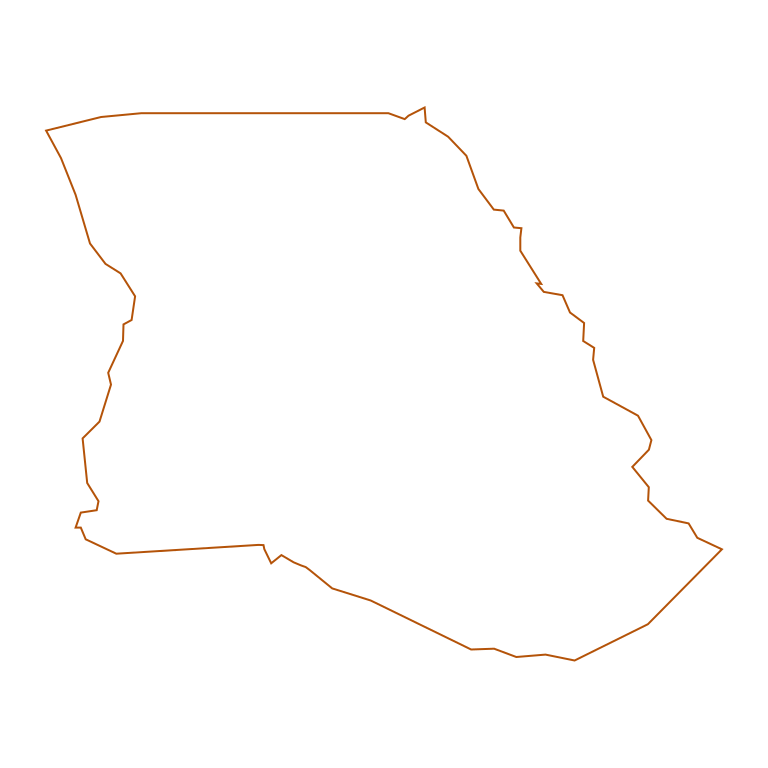 the district of Bladen, North Carolina, United States of America
{"feature_id": "52423323B8015598177606", "entity_name": "Bladen", "entity_type": "district", "adm_level": 2, "iso_a3": "USA", "parent_name": "United States of America", "parent_adm1": "North Carolina", "projection": "orthographic", "projection_center": [-78.559, 34.612], "detail": "fine", "context": "isolated", "style": "outline", "palette": "amber", "viewbox_px": 768, "rotation_deg": 0, "n_neighbors": 0, "source": "geoboundaries", "source_scale": "gbopen_adm2", "svg_char_len": 1061}
<svg xmlns="http://www.w3.org/2000/svg" viewBox="0 0 768 768"><path d="M46.1,130.6L61.0,158.1L75.6,194.8L90.0,243.5L105.5,263.9L120.6,273.4L135.1,296.3L131.6,320.0L123.5,324.4L123.0,340.9L108.2,372.8L111.0,384.6L99.5,421.6L82.6,438.4L87.2,483.0L98.5,501.2L96.7,510.2L80.8,512.6L75.6,527.6L80.8,527.6L85.7,539.3L116.3,553.7L258.5,544.9L263.5,545.1L264.3,549.1L271.2,563.3L281.4,555.1L293.6,562.3L301.0,565.4L303.5,566.3L305.0,566.8L305.9,567.2L309.5,569.9L332.2,588.4L370.7,600.5L471.1,649.5L494.1,648.7L516.3,657.0L545.5,654.6L574.6,660.5L647.9,624.2L721.9,549.3L697.3,537.8L688.6,523.4L666.6,518.8L648.1,500.6L648.8,487.2L632.3,466.9L648.9,449.7L651.4,440.1L638.0,415.7L603.2,396.7L593.1,359.8L594.2,347.9L583.2,341.0L584.1,323.0L570.0,312.5L562.5,295.2L543.8,291.9L536.7,283.4L541.2,283.9L520.3,250.7L520.3,237.5L521.4,228.2L513.9,227.5L503.7,210.6L493.8,209.6L478.4,189.0L466.4,155.8L448.1,136.7L425.8,122.4L424.6,107.5L408.5,115.7L405.1,118.8L404.7,119.1L388.4,113.2L141.3,113.2L101.1,117.0L46.1,130.6Z" fill="none" stroke="#b45309" stroke-width="2"/></svg>